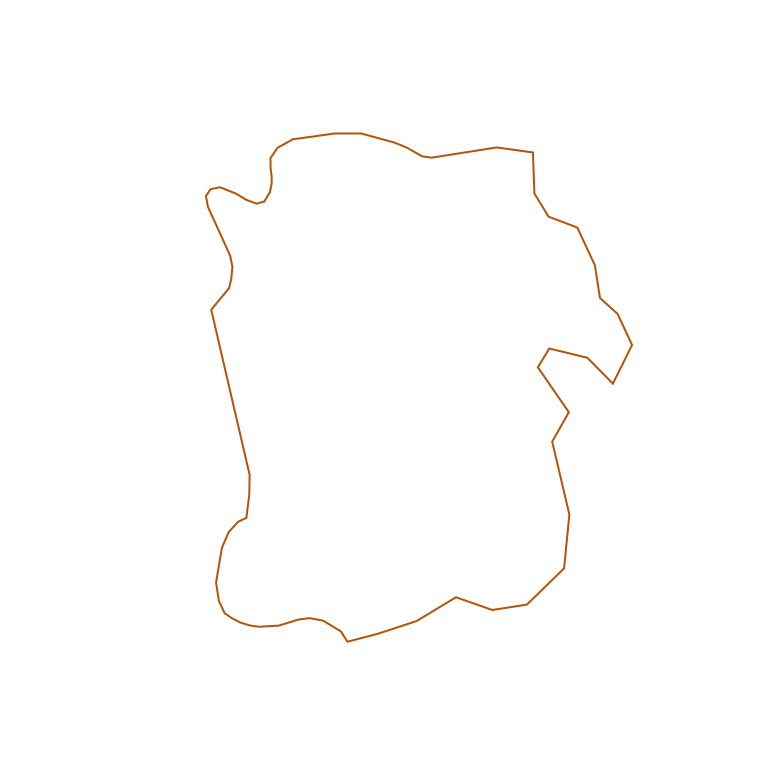 South Dublin, Equal Earth projection, rotated 65°
{"feature_id": "IRL-5573", "entity_name": "South Dublin", "entity_type": "County", "adm_level": 1, "iso_a3": "IRL", "parent_name": "Ireland", "parent_adm1": "", "projection": "equal_earth", "projection_center": [-6.409, 53.275], "detail": "fine", "context": "isolated", "style": "outline", "palette": "amber", "viewbox_px": 768, "rotation_deg": 65, "n_neighbors": 0, "source": "natural_earth", "source_scale": "10m", "svg_char_len": 981}
<svg xmlns="http://www.w3.org/2000/svg" viewBox="0 0 768 768"><g transform="rotate(65 384 384)"><path d="M243.7,509.2L231.6,483.8L224.3,478.1L213.7,471.8L202.7,469.2L148.9,468.7L138.4,465.9L134.1,458.8L136.4,449.4L148.9,437.7L159.1,430.8L166.7,423.3L168.0,415.3L162.0,406.4L155.0,401.2L149.2,398.4L140.3,395.5L131.3,391.4L124.9,380.6L123.7,363.2L136.0,323.1L147.2,299.0L169.6,272.5L179.2,263.6L193.9,253.1L199.0,245.2L217.2,181.9L237.1,151.2L275.0,167.2L301.9,164.1L323.9,142.7L365.5,142.7L397.3,151.9L419.3,142.7L453.5,142.7L480.4,176.4L446.2,188.6L421.7,219.2L433.9,237.5L487.7,228.4L507.3,255.9L580.7,271.2L627.2,298.7L644.3,347.7L634.6,381.3L607.7,408.9L612.6,454.8L607.8,494.7L602.1,526.1L590.1,527.6L572.7,539.2L564.8,550.3L561.3,561.2L558.5,581.5L551.3,599.6L546.1,607.7L539.7,614.8L532.2,620.7L524.4,625.3L510.8,625.3L492.9,620.1L463.9,600.1L452.5,587.2L447.2,574.4L447.2,565.3L427.6,553.0L409.6,544.2L243.7,509.2Z" fill="none" stroke="#b45309" stroke-width="2"/></g></svg>